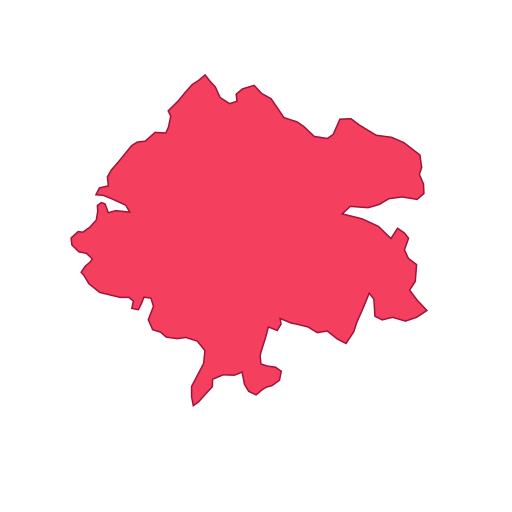 the district of Filousa Chrysochous, Paphos, Cyprus, rotated 291°
{"feature_id": "46923920B66309151890568", "entity_name": "Filousa Chrysochous", "entity_type": "district", "adm_level": 2, "iso_a3": "CYP", "parent_name": "Cyprus", "parent_adm1": "Paphos", "projection": "robinson", "projection_center": [32.502, 34.967], "detail": "fine", "context": "isolated", "style": "filled", "palette": "rose", "viewbox_px": 512, "rotation_deg": 291, "n_neighbors": 0, "source": "geoboundaries", "source_scale": "gbopen_adm2", "svg_char_len": 2103}
<svg xmlns="http://www.w3.org/2000/svg" viewBox="0 0 512 512"><g transform="rotate(291 256 256)"><path d="M178.1,98.6L176.3,102.2L170.2,110.0L166.0,123.1L167.1,131.9L168.7,144.1L171.8,152.1L170.0,157.7L162.6,158.8L163.7,165.4L170.7,166.1L177.4,166.1L179.0,173.0L172.3,178.3L157.9,178.3L150.2,185.9L150.7,194.1L148.1,201.3L150.7,212.3L154.8,219.6L155.5,231.7L149.4,242.2L137.0,245.6L124.7,244.2L111.1,242.6L101.3,246.4L94.0,251.0L93.8,251.1L99.2,254.7L107.9,257.9L118.4,262.1L125.4,259.7L133.3,267.9L137.0,278.6L142.6,284.6L132.1,291.2L127.0,297.7L126.4,305.9L133.6,309.8L137.3,312.7L140.8,317.5L148.5,322.4L157.4,320.9L159.2,314.1L157.3,305.9L157.0,299.3L164.3,295.6L168.1,295.1L184.1,294.1L194.2,293.0L194.1,302.5L201.4,303.8L206.3,300.9L206.0,312.9L207.0,318.5L208.4,330.0L206.4,340.6L211.5,349.4L207.6,361.8L206.6,371.4L217.5,373.8L220.4,374.4L229.9,373.9L246.7,374.7L261.8,375.0L258.0,381.5L242.4,388.6L241.6,396.7L247.7,405.5L248.8,418.9L256.4,428.0L266.4,435.1L272.3,422.7L279.2,411.6L289.4,413.8L305.5,409.0L308.3,399.2L314.9,392.4L327.2,392.1L330.8,386.1L332.6,378.2L320.6,375.7L327.5,359.8L328.7,341.6L326.2,321.4L336.1,326.2L341.3,343.4L348.2,352.5L357.1,359.5L363.5,371.2L366.6,386.1L374.5,390.4L383.2,386.6L390.8,379.2L398.0,379.0L401.3,377.1L409.0,372.9L414.8,353.5L415.4,340.1L412.3,327.0L411.8,324.9L415.3,305.5L418.2,295.4L413.8,285.3L397.2,284.5L391.3,280.5L388.5,267.6L394.1,254.0L395.9,246.4L395.2,232.5L402.6,221.9L408.2,213.8L409.7,203.2L414.6,193.1L407.2,183.5L400.0,179.5L393.6,182.8L388.8,176.7L391.1,165.6L399.2,157.5L403.1,149.7L406.8,143.6L399.1,139.3L393.2,135.0L383.7,131.4L372.6,127.7L360.1,122.0L356.0,126.3L344.9,128.1L338.5,127.7L335.2,117.5L323.5,111.4L319.8,104.3L314.4,100.3L295.7,94.2L284.4,90.1L276.6,88.9L268.6,93.0L263.4,85.4L255.8,84.6L257.9,91.7L257.7,101.1L257.3,108.2L256.7,116.3L251.7,122.4L248.1,108.9L243.5,102.6L250.5,96.4L250.5,92.5L246.3,89.8L240.7,92.3L232.2,94.0L223.2,90.5L216.1,85.7L215.1,81.2L206.5,76.9L200.3,80.2L196.4,89.2L197.7,96.7L194.7,104.1L191.5,103.6L185.2,100.2L178.1,98.6Z" fill="#f43f5e" stroke="#9f1239" stroke-width="1.5"/></g></svg>